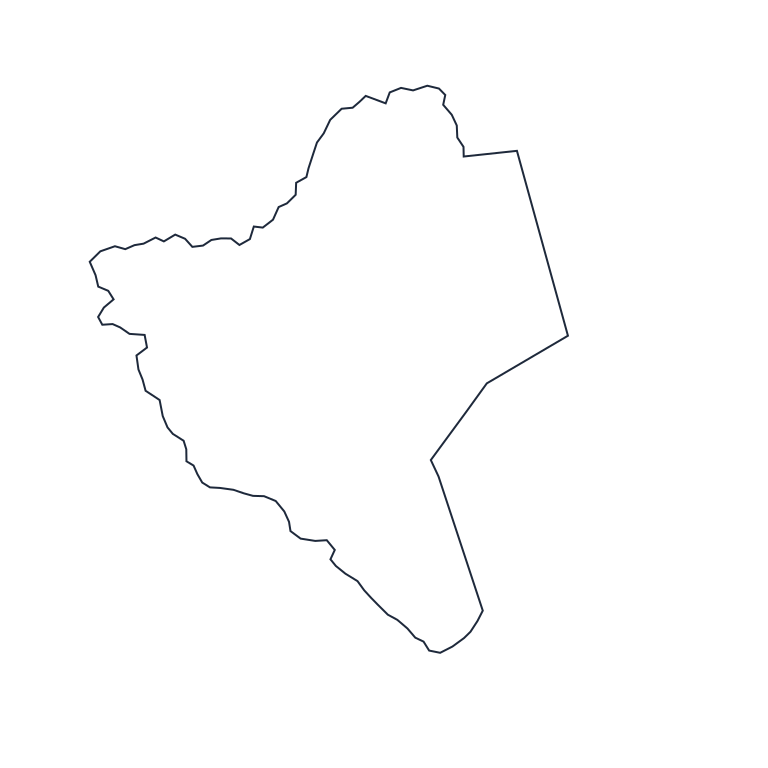 Igaracy, Paraíba, Brazil, rotated 243°
{"feature_id": "56859067B32358496936618", "entity_name": "Igaracy", "entity_type": "district", "adm_level": 2, "iso_a3": "BRA", "parent_name": "Brazil", "parent_adm1": "Paraíba", "projection": "mercator", "projection_center": [-38.117, -7.159], "detail": "fine", "context": "isolated", "style": "outline", "palette": "slate", "viewbox_px": 768, "rotation_deg": 243, "n_neighbors": 0, "source": "geoboundaries", "source_scale": "gbopen_adm2", "svg_char_len": 1546}
<svg xmlns="http://www.w3.org/2000/svg" viewBox="0 0 768 768"><g transform="rotate(243 384 384)"><path d="M276.8,390.6L295.0,391.2L310.5,422.0L321.9,444.7L337.9,475.9L343.5,569.8L413.8,584.2L531.4,608.3L550.5,558.3L559.2,562.5L570.3,561.2L581.3,566.2L593.1,566.6L605.9,563.5L613.7,569.8L622.3,567.1L630.1,558.0L632.4,543.2L640.1,533.6L641.2,521.5L633.3,512.9L649.0,498.5L646.5,490.1L644.4,481.5L648.5,471.2L643.8,456.0L634.7,444.1L629.6,433.9L621.4,425.6L610.5,414.7L603.6,408.8L603.2,397.1L592.7,391.2L589.0,379.5L589.5,370.5L580.8,359.7L578.4,347.0L583.4,339.5L574.0,330.3L573.5,318.3L583.1,313.8L587.7,305.0L590.7,295.6L589.5,285.6L593.2,275.5L603.7,272.7L611.9,265.8L611.0,252.6L618.2,247.0L618.2,233.5L621.0,224.7L621.6,214.7L628.9,206.8L631.0,191.5L626.5,177.3L611.9,176.4L600.5,173.6L592.2,180.6L582.2,181.5L579.3,169.1L573.5,159.7L564.7,159.9L560.6,169.4L554.2,174.6L544.2,180.0L536.4,193.0L524.1,189.4L521.8,176.4L508.4,171.8L497.6,170.9L486.2,168.5L471.6,176.8L455.9,172.3L443.6,171.4L435.4,173.2L424.4,179.7L415.6,178.2L404.8,172.9L397.8,177.3L388.4,176.8L378.7,177.3L370.9,182.0L365.9,190.6L358.1,201.8L350.2,209.5L343.8,216.5L338.5,226.2L328.9,234.4L315.7,237.3L304.3,236.8L295.4,233.9L284.1,239.5L275.4,251.5L270.8,262.1L258.5,264.8L252.1,256.7L243.7,258.5L232.5,263.5L220.4,270.9L209.1,272.7L199.4,275.4L190.4,278.2L176.7,282.7L167.8,288.8L155.5,293.9L143.8,296.7L136.5,302.3L126.0,303.2L119.0,312.0L119.0,325.8L121.3,340.0L124.0,348.6L130.4,359.7L137.2,369.1L276.8,390.6Z" fill="none" stroke="#1e293b" stroke-width="2"/></g></svg>